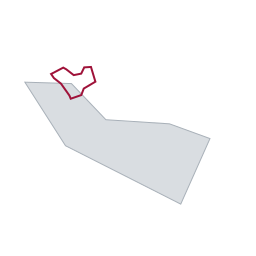 where Baie Lazare sits in Seychelles, rotated 149°
{"feature_id": "SYC-5203", "entity_name": "Baie Lazare", "entity_type": "state/province", "adm_level": 1, "iso_a3": "SYC", "parent_name": "Seychelles", "parent_adm1": "", "projection": "albers", "projection_center": [55.49, -4.757], "detail": "fine", "context": "in_parent", "style": "outline", "palette": "rose", "viewbox_px": 256, "rotation_deg": 149, "n_neighbors": 0, "source": "natural_earth", "source_scale": "10m", "svg_char_len": 500}
<svg xmlns="http://www.w3.org/2000/svg" viewBox="0 0 256 256"><g transform="rotate(149 128 128)"><path d="M190.7,145.0L192.8,220.4L153.6,195.2L142.7,146.5L90.3,110.2L63.2,76.7L122.0,35.6L190.7,145.0Z" fill="#d9dde1" stroke="#a8b0b8" stroke-width="1"/><path d="M152.4,213.1L150.7,210.1L147.3,201.3L140.1,198.7L134.3,202.5L128.3,199.4L132.1,184.5L145.6,184.6L151.1,180.3L162.0,182.6L161.5,186.0L162.6,200.6L165.8,208.9L166.1,213.9L152.4,213.1Z" fill="none" stroke="#9f1239" stroke-width="2"/></g></svg>